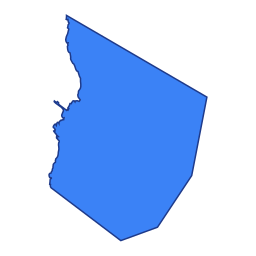 the district of Ngermetengel, Palau
{"feature_id": "81905179B39687877092944", "entity_name": "Ngermetengel", "entity_type": "district", "adm_level": 2, "iso_a3": "PLW", "parent_name": "Palau", "parent_adm1": "", "projection": "natural_earth1", "projection_center": [134.5, 7.522], "detail": "fine", "context": "isolated", "style": "filled", "palette": "blue", "viewbox_px": 256, "rotation_deg": 0, "n_neighbors": 0, "source": "geoboundaries", "source_scale": "gbopen_adm2", "svg_char_len": 2206}
<svg xmlns="http://www.w3.org/2000/svg" viewBox="0 0 256 256"><path d="M66.5,15.4L66.5,16.6L66.4,17.8L66.4,18.6L66.1,19.2L67.1,19.8L67.9,19.4L68.1,20.4L68.2,21.3L68.5,22.4L69.1,23.0L68.8,23.9L68.1,24.8L67.9,26.4L67.5,27.8L68.6,28.7L68.7,29.6L68.3,30.8L68.1,31.8L67.6,33.8L66.4,36.5L66.0,38.2L65.7,39.8L66.1,41.6L66.9,42.9L68.1,42.8L67.7,44.1L68.0,45.3L67.4,46.3L67.5,47.8L67.7,49.5L68.1,51.1L69.0,52.4L70.1,53.0L70.3,54.6L70.6,56.2L70.7,57.6L70.6,58.8L70.9,59.8L71.9,61.7L72.8,63.3L73.8,64.0L74.7,65.9L75.2,67.4L75.7,69.0L76.6,70.8L78.0,71.5L78.2,72.2L79.5,76.4L80.5,78.3L80.5,81.5L80.8,84.2L80.8,86.5L80.4,88.3L79.7,89.4L78.5,91.1L78.3,93.5L77.8,94.8L78.0,96.4L78.4,97.5L79.1,98.3L80.2,99.8L79.8,100.5L79.1,101.4L77.6,100.8L76.2,100.8L75.3,101.0L75.0,101.9L74.3,100.9L73.1,100.8L72.4,101.7L71.7,102.5L71.3,103.6L70.0,103.5L69.6,104.6L69.5,105.1L69.0,106.1L67.9,107.9L68.8,108.6L68.0,110.1L67.3,109.5L66.7,110.4L58.6,104.3L58.6,102.7L57.4,101.6L56.4,102.5L54.4,101.0L54.2,101.7L55.6,103.1L61.5,107.4L63.3,109.6L63.4,111.0L62.9,112.0L62.2,113.8L61.7,115.1L61.9,116.4L62.7,117.8L63.3,118.0L64.0,117.8L63.7,119.7L62.4,119.8L61.6,120.4L61.2,120.1L60.9,120.2L59.8,121.2L59.1,122.2L59.0,123.5L58.6,122.7L57.9,122.3L57.3,122.5L56.7,123.6L56.3,125.5L55.4,124.1L54.6,124.4L53.6,125.8L53.2,126.9L53.4,127.6L54.6,128.4L54.8,129.2L55.2,129.7L54.9,130.1L55.0,130.8L54.1,130.8L53.7,131.0L54.0,131.7L54.6,132.1L55.2,133.2L55.8,133.6L56.2,134.5L56.8,135.2L57.3,135.6L57.9,136.2L56.7,136.0L56.5,137.2L56.6,138.1L57.0,138.4L57.4,138.2L57.3,138.8L57.6,139.1L58.2,139.9L59.0,140.6L59.2,141.2L59.2,141.9L58.7,142.7L58.6,143.5L58.5,145.0L58.7,146.3L58.8,147.5L58.9,148.6L58.8,149.7L58.5,151.2L58.3,152.3L58.2,154.0L58.0,155.0L57.9,155.7L57.3,157.1L56.5,158.1L55.7,159.0L55.6,159.9L55.4,160.4L55.4,161.0L55.5,161.6L55.4,162.3L54.7,162.7L54.1,163.3L53.3,164.3L53.2,165.2L53.0,166.6L53.0,167.9L52.6,168.5L52.3,169.4L52.3,170.5L51.4,171.8L51.0,173.1L49.8,173.4L49.1,174.3L49.1,175.9L49.6,177.3L51.3,177.9L51.3,178.5L50.4,178.7L50.1,179.9L50.0,181.9L49.7,184.3L50.5,184.5L50.3,185.6L50.6,187.0L51.1,187.7L51.1,187.8L120.8,240.6L157.5,227.2L191.7,175.6L206.9,97.1L66.5,15.4Z" fill="#3b82f6" stroke="#1e3a8a" stroke-width="1.5"/></svg>